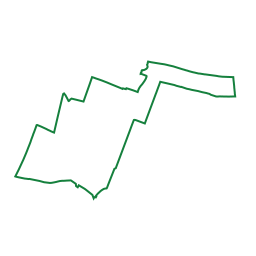 Suhurlui, Galati, Romania (Mercator projection), rotated 18°
{"feature_id": "2599482B54270676275296", "entity_name": "Suhurlui", "entity_type": "district", "adm_level": 2, "iso_a3": "ROU", "parent_name": "Romania", "parent_adm1": "Galati", "projection": "mercator", "projection_center": [27.827, 45.741], "detail": "fine", "context": "isolated", "style": "outline", "palette": "green", "viewbox_px": 256, "rotation_deg": 18, "n_neighbors": 0, "source": "geoboundaries", "source_scale": "gbopen_adm2", "svg_char_len": 3324}
<svg xmlns="http://www.w3.org/2000/svg" viewBox="0 0 256 256"><g transform="rotate(18 128 128)"><path d="M220.2,64.9L219.7,63.8L219.3,63.0L219.0,62.4L218.8,61.9L218.6,61.3L217.6,59.1L217.2,58.1L216.7,57.1L216.3,56.0L215.8,54.8L215.2,53.5L214.6,52.1L213.9,50.6L213.4,49.5L213.2,49.0L213.0,48.5L212.6,47.6L212.4,47.1L207.1,48.6L201.8,50.1L198.4,50.8L196.0,51.1L193.3,51.6L185.1,53.1L184.4,53.3L179.8,54.0L178.1,54.4L174.3,54.7L172.5,54.9L168.7,55.1L167.3,55.1L166.4,55.1L165.4,55.2L164.3,55.2L163.5,55.2L161.5,55.3L151.9,55.4L147.6,55.8L144.8,56.0L142.8,56.2L139.3,56.8L129.6,58.3L126.6,58.6L126.6,60.1L126.8,60.5L126.8,60.8L126.8,61.0L126.7,61.5L126.6,61.8L126.6,62.0L126.8,62.3L127.0,62.5L127.3,62.9L127.5,63.2L127.6,63.4L127.7,63.6L127.7,63.8L127.7,64.1L127.8,64.5L127.7,64.8L127.6,65.1L127.4,65.5L127.3,65.8L127.2,66.1L126.7,66.5L126.5,66.8L125.6,67.7L125.0,68.0L124.6,68.3L124.3,68.4L123.9,68.5L123.6,68.6L123.4,68.8L123.3,69.1L123.3,69.3L123.3,69.6L123.4,70.0L123.5,70.2L123.6,70.3L123.6,70.5L123.4,70.9L123.3,71.2L123.2,71.4L123.2,71.8L123.2,72.2L123.3,72.6L123.6,72.4L129.4,72.7L129.7,73.1L129.8,73.6L129.7,75.8L129.1,78.4L128.0,81.9L127.4,83.3L127.0,84.1L126.9,84.8L126.6,85.5L126.4,86.3L126.3,87.0L126.1,88.1L126.1,88.7L126.1,89.2L126.1,90.0L126.1,90.8L121.4,90.6L119.8,90.6L116.5,90.6L114.2,90.7L114.0,91.7L112.5,91.8L110.9,91.9L110.7,92.5L108.5,92.3L98.8,91.6L94.0,91.2L88.5,90.9L84.7,90.8L83.4,90.8L82.1,90.8L80.3,90.7L79.7,90.7L78.1,90.7L78.1,91.1L78.1,91.9L78.0,97.8L77.5,116.6L70.3,117.1L65.2,117.5L64.3,118.7L64.1,119.3L63.5,120.5L63.3,120.7L63.0,120.6L62.9,120.4L62.3,119.9L60.7,118.3L59.8,117.5L58.6,116.3L56.5,114.9L56.0,115.5L55.9,115.6L56.0,118.1L57.7,139.1L59.1,155.2L58.4,155.2L57.5,155.1L55.4,154.9L55.1,154.8L54.3,154.7L52.3,154.5L50.8,154.2L44.9,153.5L40.7,153.2L40.2,153.5L40.0,159.8L39.9,161.8L39.8,162.7L39.8,163.6L39.8,164.4L39.6,168.7L39.6,170.1L39.6,171.4L39.4,175.0L39.2,177.9L39.1,179.9L38.9,183.1L38.2,191.1L38.0,192.5L37.0,200.9L35.8,208.9L36.1,208.9L36.4,208.9L36.5,208.9L38.3,208.8L38.8,208.7L39.0,208.7L39.4,208.7L39.9,208.6L40.1,208.6L41.0,208.5L41.7,208.4L42.0,208.4L45.4,208.0L45.5,208.0L46.8,207.7L47.9,207.5L49.1,207.3L50.0,206.9L60.4,205.7L65.1,205.5L65.5,205.4L68.1,204.9L69.6,204.6L70.7,204.4L71.2,204.2L71.7,204.0L72.4,203.7L73.7,203.0L74.8,202.4L76.7,201.3L77.3,200.9L78.6,200.1L79.6,199.5L80.7,199.0L81.1,198.8L83.9,197.8L85.6,197.1L89.8,195.5L90.9,195.8L95.6,197.2L96.6,199.3L98.5,199.9L98.9,197.7L105.4,199.2L106.7,199.6L114.8,202.6L117.1,205.5L117.3,204.5L117.4,204.2L117.7,204.0L118.4,203.8L118.8,203.9L119.0,203.0L118.4,202.7L118.6,202.1L119.5,199.9L121.1,197.0L121.5,196.3L122.2,195.3L123.6,193.6L124.1,193.2L125.3,192.5L126.3,192.1L126.5,191.3L126.7,187.2L126.9,183.9L127.7,171.0L128.8,170.0L128.8,169.5L130.6,129.3L130.8,124.0L131.1,118.6L131.3,118.4L131.5,118.3L132.6,118.1L133.6,118.1L142.6,118.5L142.8,113.2L143.3,101.0L143.9,86.8L144.0,85.6L144.0,85.0L144.2,79.7L144.3,77.7L144.4,74.1L153.1,73.3L158.9,72.8L161.1,72.9L162.5,72.8L165.8,72.6L166.0,72.4L171.8,72.5L174.2,72.2L177.1,72.0L181.0,71.5L183.4,71.2L183.7,71.2L187.5,71.0L191.8,70.5L193.2,70.5L194.5,70.4L195.1,70.4L195.3,70.5L196.5,70.8L200.2,70.8L202.0,70.8L203.5,70.4L205.4,69.6L206.9,69.2L211.2,67.9L212.0,67.6L213.6,67.2L216.6,66.1L220.2,64.9Z" fill="none" stroke="#15803d" stroke-width="2"/></g></svg>